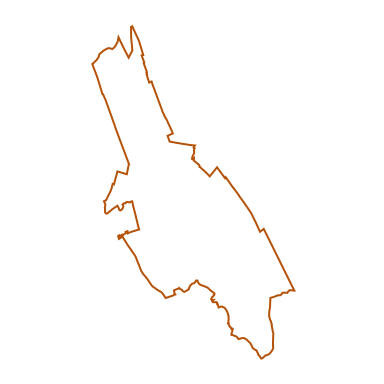 Urecheni, Neamt, Romania (Robinson projection), rotated 275°
{"feature_id": "2599482B48962297444856", "entity_name": "Urecheni", "entity_type": "district", "adm_level": 2, "iso_a3": "ROU", "parent_name": "Romania", "parent_adm1": "Neamt", "projection": "robinson", "projection_center": [26.516, 47.174], "detail": "fine", "context": "isolated", "style": "outline", "palette": "amber", "viewbox_px": 384, "rotation_deg": 275, "n_neighbors": 0, "source": "geoboundaries", "source_scale": "gbopen_adm2", "svg_char_len": 5780}
<svg xmlns="http://www.w3.org/2000/svg" viewBox="0 0 384 384"><g transform="rotate(275 192 192)"><path d="M351.7,117.8L351.2,116.9L340.7,117.9L329.3,120.0L327.7,120.2L320.3,117.2L328.8,111.8L339.7,105.3L335.0,104.8L332.2,103.6L329.6,102.2L327.5,100.3L328.1,97.2L327.8,95.5L325.4,91.9L321.4,87.8L318.4,87.2L315.4,85.6L311.3,82.2L310.8,81.5L298.8,87.3L292.1,90.1L288.2,91.6L286.6,92.3L281.8,94.2L281.6,94.3L281.5,94.5L281.6,94.8L279.9,95.8L276.1,97.9L252.2,108.9L250.0,109.8L242.5,113.3L214.1,126.9L214.0,126.7L213.7,126.6L204.0,125.5L206.0,115.9L192.8,113.6L193.2,112.3L187.8,111.4L185.8,110.8L178.9,108.1L176.5,107.2L175.1,105.1L174.5,105.4L174.1,105.7L173.4,106.1L172.5,106.4L171.9,106.8L171.1,106.8L170.1,106.7L169.0,106.5L167.7,106.8L166.5,106.9L165.6,107.1L164.5,107.1L164.3,107.1L163.7,107.5L163.5,107.8L163.1,108.7L163.0,108.9L163.1,109.2L163.5,109.8L164.3,110.5L165.6,111.9L167.9,114.1L171.8,118.9L169.6,120.4L169.1,120.6L168.1,121.0L167.7,121.4L167.5,121.8L167.4,122.1L167.4,122.3L167.8,123.0L168.8,123.9L170.3,124.5L171.6,124.9L172.7,124.4L173.3,124.5L173.5,124.0L174.9,125.1L174.9,125.8L174.9,126.6L175.2,126.9L176.2,127.5L176.4,127.9L176.4,129.4L176.3,130.2L176.2,130.9L176.4,131.3L177.0,131.9L177.6,133.1L177.4,133.3L172.7,134.7L165.4,137.3L152.6,141.6L150.1,142.6L147.5,136.2L146.4,133.7L145.8,132.6L145.2,131.8L147.4,131.1L146.5,129.3L145.3,129.7L142.6,126.3L143.3,126.0L141.5,123.7L142.5,123.3L141.7,122.2L138.9,123.3L141.5,126.7L140.0,127.7L136.5,130.4L133.5,132.6L132.2,133.7L130.4,135.2L130.1,135.7L128.9,136.4L128.3,137.1L127.0,137.9L125.6,139.3L122.9,141.3L121.3,142.2L120.8,142.3L120.4,142.6L115.8,144.8L115.3,145.3L111.9,146.8L110.3,147.7L109.0,148.2L108.5,148.6L107.1,149.8L106.7,150.0L105.9,150.6L105.3,151.3L104.2,152.4L101.7,154.9L99.6,156.6L98.4,157.5L98.2,157.8L97.5,158.2L94.7,160.7L94.5,160.9L92.7,164.1L91.1,166.7L90.9,167.3L89.7,169.9L89.3,170.4L88.9,171.0L87.7,172.1L84.1,175.0L87.2,182.1L87.5,182.4L88.5,184.3L89.5,183.4L92.4,182.6L94.7,186.8L94.5,187.3L94.6,187.8L94.7,188.0L95.0,188.0L94.6,188.5L94.1,189.2L93.9,189.7L93.7,190.4L92.4,191.4L91.8,193.0L94.0,196.3L94.2,196.6L94.7,196.8L95.1,197.4L95.6,197.3L97.9,198.1L98.8,198.5L99.3,199.1L100.5,199.9L101.3,202.0L102.3,202.9L103.5,203.4L104.3,204.0L104.2,205.2L103.6,205.4L103.1,205.5L102.7,205.9L102.0,206.3L100.9,207.4L100.4,208.1L100.3,208.6L100.0,209.2L99.9,210.0L99.5,211.2L99.4,212.2L99.0,212.9L98.2,215.7L97.2,217.0L96.7,217.7L95.7,218.8L95.4,219.5L94.4,220.8L93.1,223.1L91.8,223.3L91.3,222.6L90.8,222.7L89.5,221.8L89.0,221.1L87.9,220.9L87.2,220.7L86.9,220.4L86.7,220.5L86.5,220.9L85.8,221.2L85.7,221.3L86.1,221.9L86.1,222.1L86.2,222.6L85.1,221.6L84.8,221.7L84.5,222.0L84.1,222.6L84.2,224.2L84.5,225.7L84.4,226.1L83.9,226.6L83.2,226.5L82.6,226.7L82.2,227.3L82.2,227.6L81.6,227.5L81.3,227.6L81.0,227.7L80.4,228.3L79.3,228.6L79.8,229.5L80.2,230.4L80.4,231.1L80.5,231.6L80.4,232.0L80.3,232.3L80.1,232.8L80.0,233.4L79.4,234.5L78.6,235.4L76.9,236.8L76.4,237.1L75.7,237.5L73.7,238.5L72.3,238.9L71.9,239.2L70.6,239.2L69.3,239.5L69.0,239.6L68.5,239.6L68.1,239.6L67.1,239.5L66.3,239.7L64.5,239.2L64.2,239.3L63.9,239.6L64.0,239.8L64.0,240.1L63.5,240.1L62.7,240.3L62.0,240.7L61.8,241.1L61.0,241.6L60.9,241.7L60.9,242.1L59.8,242.7L59.7,243.0L59.4,243.4L59.2,243.4L59.4,243.9L59.5,244.2L59.3,244.5L59.1,244.6L58.2,244.3L56.6,244.2L54.2,243.7L53.4,243.6L53.1,243.7L53.0,245.1L52.8,245.7L52.6,246.3L52.3,247.3L52.2,247.9L51.8,248.9L51.4,249.5L51.1,249.9L50.4,250.3L49.5,251.1L50.3,253.2L50.8,254.4L51.0,256.5L50.9,257.0L50.5,257.5L50.2,258.5L49.4,259.8L47.9,261.4L46.7,263.1L44.7,264.5L43.4,265.3L42.8,265.6L42.3,265.8L41.7,266.3L41.2,267.1L40.3,268.7L39.9,269.9L39.5,270.2L38.6,270.7L37.8,271.2L37.4,271.6L36.5,271.8L35.9,272.1L35.0,272.9L34.9,273.2L33.8,274.3L32.2,275.2L32.1,275.7L32.8,277.0L35.5,279.3L35.6,279.7L35.7,280.2L36.2,280.8L36.4,281.5L36.7,282.3L38.1,283.7L39.9,284.9L41.5,285.8L42.8,286.3L43.4,286.5L44.3,286.4L44.9,286.2L45.6,286.1L46.5,286.1L48.7,285.8L49.8,285.7L51.1,285.7L51.5,285.7L56.0,285.4L58.1,285.4L59.1,285.0L60.1,284.6L62.0,284.2L63.0,283.9L63.6,283.5L64.2,283.5L64.9,283.3L65.0,283.3L65.6,283.1L66.0,283.0L66.6,283.1L67.2,283.1L67.4,282.8L68.9,282.3L70.3,281.8L71.2,281.2L72.0,280.7L73.3,280.3L74.7,279.8L76.5,279.5L78.7,279.4L81.6,279.5L82.5,279.7L85.4,279.7L87.7,279.6L88.0,279.5L89.8,279.5L93.3,279.3L93.6,280.0L94.6,282.7L95.4,284.2L95.7,284.6L95.8,285.0L95.8,285.3L96.1,285.8L96.5,286.6L96.8,286.9L96.7,288.1L96.8,288.3L96.8,288.9L97.2,289.4L97.7,289.9L98.9,290.7L99.4,290.8L99.7,292.1L99.8,293.8L100.0,295.1L99.8,295.7L101.2,296.5L102.6,297.7L102.7,298.0L102.7,300.3L102.7,302.5L161.5,266.7L158.3,263.2L167.7,257.9L168.9,257.1L175.2,253.4L177.0,252.1L186.5,244.3L187.4,243.5L192.4,239.1L192.6,239.2L199.6,233.0L199.5,232.9L209.7,224.3L208.6,223.7L218.8,214.8L209.1,208.3L209.8,207.6L211.6,205.5L215.0,201.3L215.6,200.2L217.2,198.4L217.4,197.9L217.5,197.5L217.7,197.2L219.1,197.1L219.4,196.9L219.8,196.6L220.6,195.2L221.4,194.2L222.3,192.9L222.7,192.0L223.3,191.3L223.6,191.2L224.2,191.1L225.8,191.0L225.0,190.3L224.7,190.0L224.5,189.6L224.7,189.3L225.0,189.1L226.1,189.2L226.6,189.3L227.1,189.4L228.0,189.6L228.9,190.0L230.6,190.6L231.3,190.7L234.2,190.3L234.8,190.4L235.6,190.7L235.6,190.4L235.7,190.2L236.1,189.8L236.4,189.7L237.2,190.0L238.6,190.8L238.6,187.8L238.9,182.3L239.6,172.6L240.3,165.3L245.8,162.8L247.9,166.4L248.6,167.8L251.0,166.6L253.3,165.3L257.2,163.1L258.6,162.2L260.6,161.2L262.0,160.3L264.7,158.4L265.2,158.0L265.9,157.5L266.0,157.5L266.3,157.6L268.6,156.1L269.7,155.5L272.3,154.4L277.1,152.1L291.7,145.2L294.6,143.8L298.6,142.1L297.3,139.8L305.0,136.6L305.3,137.0L307.0,136.2L307.4,136.7L316.2,132.6L316.7,133.2L323.8,129.9L324.0,130.4L324.2,131.5L338.1,125.9L351.9,118.0L351.7,117.8Z" fill="none" stroke="#b45309" stroke-width="2"/></g></svg>